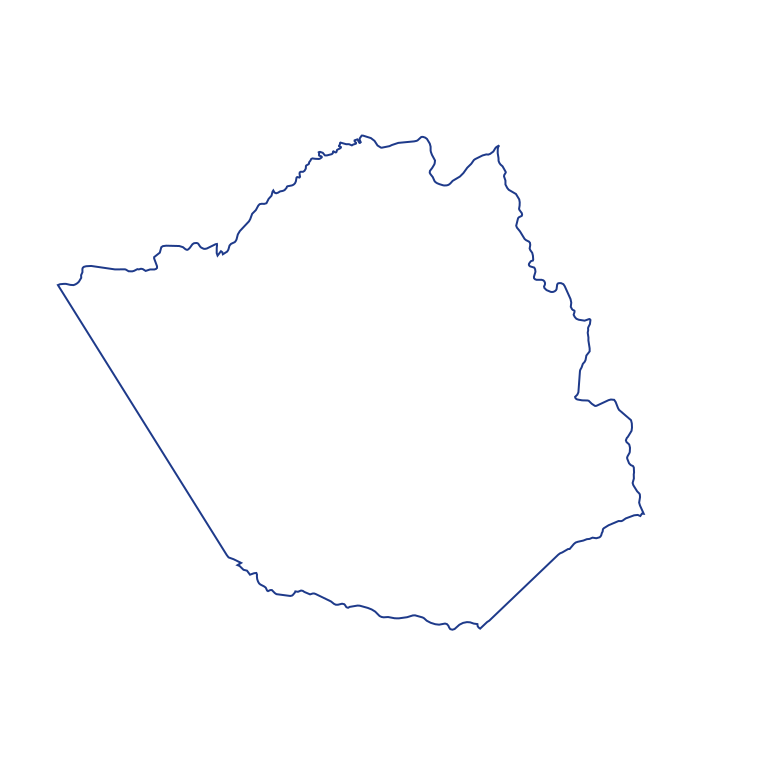 an SVG outline of Western, rotated 328°
{"feature_id": "ZMB-523", "entity_name": "Western", "entity_type": "Province", "adm_level": 1, "iso_a3": "ZMB", "parent_name": "Zambia", "parent_adm1": "", "projection": "mercator", "projection_center": [24.246, -15.661], "detail": "fine", "context": "isolated", "style": "outline", "palette": "blue", "viewbox_px": 768, "rotation_deg": 328, "n_neighbors": 0, "source": "natural_earth", "source_scale": "10m", "svg_char_len": 6166}
<svg xmlns="http://www.w3.org/2000/svg" viewBox="0 0 768 768"><g transform="rotate(328 384 384)"><path d="M163.8,460.0L168.0,460.0L163.6,452.9L160.3,448.7L160.0,445.9L159.9,127.3L162.1,127.7L165.9,129.6L167.4,130.6L170.5,133.7L173.1,135.6L175.2,136.0L177.3,136.0L179.4,135.6L183.5,133.5L184.8,131.2L187.5,129.4L189.2,126.6L190.2,125.8L191.6,125.6L193.8,126.3L198.2,128.7L216.5,144.2L225.1,149.5L225.7,150.2L227.2,153.1L230.3,155.1L232.1,155.6L235.7,155.9L236.8,156.9L239.0,157.5L240.3,158.7L241.8,161.8L246.3,162.9L250.0,165.2L251.6,165.6L253.0,165.3L253.9,163.9L255.6,155.7L256.3,154.6L263.5,153.8L267.6,150.0L269.5,149.9L272.6,151.3L283.5,158.5L286.0,161.4L287.1,164.6L288.1,165.9L289.4,166.1L291.6,165.6L295.5,164.0L297.2,163.9L298.3,164.3L299.9,165.2L300.5,165.9L300.8,166.6L300.9,170.1L301.3,171.5L302.7,173.7L303.7,174.5L305.5,175.2L315.2,176.2L316.5,176.7L315.9,177.9L314.3,179.9L311.5,184.3L310.9,186.9L316.1,185.0L316.7,186.6L316.1,188.6L321.2,188.6L323.2,187.6L326.4,184.7L328.6,184.1L332.6,184.6L334.1,184.1L335.5,183.3L339.3,179.7L342.8,177.9L355.7,174.5L357.9,173.3L362.4,169.8L367.5,168.6L371.9,166.1L373.8,165.6L375.9,166.4L377.9,167.8L380.1,168.4L384.2,165.9L388.4,164.7L391.4,161.8L392.7,161.2L392.6,163.7L393.6,165.1L395.5,165.6L397.9,165.6L400.5,166.6L402.4,166.9L405.3,166.0L406.3,165.2L407.0,165.2L411.1,166.8L412.6,167.0L413.8,166.9L415.1,166.5L416.7,165.4L419.1,162.7L419.6,162.5L420.2,162.6L421.7,164.1L422.6,163.8L423.8,160.9L424.7,159.9L425.9,159.9L427.7,161.1L429.5,161.1L431.8,159.9L433.3,157.8L433.9,157.5L436.6,157.6L437.2,157.3L438.0,156.3L439.9,155.6L441.6,154.6L442.9,154.8L444.8,156.4L448.1,158.7L449.6,159.0L451.3,158.8L451.6,158.4L451.5,157.8L450.1,156.1L450.1,155.5L451.2,154.1L451.4,152.9L452.0,152.9L452.8,153.3L454.6,155.5L455.0,158.7L455.7,159.3L456.8,159.9L461.5,161.4L462.8,161.2L464.0,159.9L464.4,159.9L465.4,161.7L465.9,162.1L466.7,162.0L468.1,160.7L468.8,160.6L471.4,160.9L472.7,160.7L473.0,160.3L471.9,158.5L472.1,158.1L473.3,157.7L474.5,156.3L475.0,156.2L479.0,160.6L481.5,162.2L483.2,164.6L484.7,164.6L487.4,165.3L487.8,165.1L488.1,164.6L487.7,162.7L487.9,162.1L488.2,161.8L491.0,162.4L491.1,163.2L490.9,166.2L491.0,166.6L491.4,166.8L492.4,166.6L492.8,164.0L493.5,162.9L496.7,161.5L497.8,162.2L503.2,168.5L504.8,172.8L504.9,178.3L506.6,181.8L507.3,182.4L514.7,185.2L517.3,185.5L523.9,187.1L538.1,194.2L540.3,195.0L541.5,195.2L546.4,194.3L547.3,194.6L548.2,195.3L549.5,196.9L550.3,198.9L550.2,204.4L549.3,207.4L547.2,210.8L546.7,212.2L546.1,215.1L545.7,221.5L544.0,223.6L543.1,224.4L539.4,226.3L535.9,227.6L534.7,229.1L534.6,230.7L535.0,234.4L534.4,238.6L534.6,240.0L535.4,241.8L536.9,243.9L539.5,246.9L540.5,247.7L542.5,248.8L544.3,249.3L546.4,249.1L549.9,248.1L558.3,248.3L563.1,247.2L569.2,244.7L574.7,243.5L578.9,241.7L580.5,241.6L588.7,242.4L592.4,243.5L594.0,244.7L595.9,245.1L599.9,244.8L603.4,243.0L604.9,242.6L608.1,242.7L606.3,243.6L605.0,245.0L602.8,248.4L600.8,253.1L599.4,255.5L599.0,257.6L599.1,259.6L599.9,262.2L599.6,268.6L599.3,269.2L596.7,270.5L595.8,271.5L594.8,275.8L592.7,279.2L592.4,283.1L592.7,285.4L596.6,292.8L596.5,299.1L595.4,301.8L593.6,304.5L591.3,307.1L591.1,308.4L591.4,312.1L590.8,313.7L589.9,314.4L586.7,314.1L585.5,314.5L580.0,319.8L579.6,321.8L580.2,326.6L580.1,335.5L580.7,337.3L582.4,340.1L582.6,341.6L581.7,343.6L579.3,346.3L579.0,348.1L579.2,351.3L578.3,354.1L576.5,357.5L575.7,358.2L573.9,357.7L573.3,357.8L570.8,358.8L570.0,359.7L569.9,360.5L570.2,361.6L573.1,364.9L573.0,366.7L571.9,369.1L567.9,372.6L567.3,373.9L567.6,375.2L568.5,376.4L572.9,379.2L574.1,380.6L574.4,382.0L574.1,383.7L573.1,385.0L571.4,386.1L570.9,387.6L571.6,390.5L574.2,394.2L575.2,395.0L576.5,395.6L578.0,395.8L579.5,395.6L580.6,395.0L583.5,391.5L584.6,390.9L585.9,391.2L587.6,392.3L589.0,394.4L589.1,396.8L587.2,410.8L585.9,414.3L583.3,417.5L583.1,420.3L583.4,421.3L584.2,422.4L584.3,423.0L583.7,423.9L581.5,425.8L581.3,428.2L581.7,430.6L583.2,432.7L587.7,436.6L592.2,437.6L592.8,437.9L593.0,439.1L590.4,442.3L587.7,443.9L586.7,444.7L585.7,446.5L583.9,448.5L582.0,452.9L580.4,455.4L577.3,462.7L575.7,465.3L570.7,467.1L567.7,470.4L566.0,471.5L563.3,472.3L560.3,474.7L558.1,475.9L557.1,476.8L544.5,494.0L542.3,495.5L539.2,496.2L538.9,497.3L539.2,498.8L539.9,499.7L543.3,502.8L547.8,505.8L548.7,506.7L549.7,510.8L551.2,514.2L551.9,514.8L552.8,515.1L565.9,516.7L568.2,517.4L570.8,519.4L570.9,522.1L569.7,528.4L569.6,530.5L574.3,545.6L573.3,548.7L571.2,552.4L569.1,554.9L562.7,558.1L561.4,558.4L559.3,559.9L558.9,561.8L559.8,564.8L559.8,565.6L558.8,568.5L556.4,571.9L555.7,572.5L552.2,574.4L551.2,575.2L550.7,576.2L549.8,581.1L550.3,583.5L551.7,585.6L551.6,587.2L549.2,591.5L547.9,593.0L545.8,596.6L542.4,599.7L541.8,602.0L541.8,609.2L542.5,612.3L542.4,613.3L541.2,615.6L537.5,619.8L536.7,622.7L535.5,631.7L534.0,630.6L531.4,631.8L529.8,629.5L526.5,627.9L517.8,626.1L513.8,626.3L512.5,626.0L510.3,624.5L499.6,622.8L493.9,622.8L492.7,623.2L491.2,625.0L489.8,625.8L487.9,627.5L486.6,628.1L485.4,628.2L482.3,627.3L479.4,624.8L476.2,624.3L473.8,623.1L470.1,622.4L464.7,620.5L462.5,620.0L460.2,620.3L454.0,622.3L452.6,621.5L445.9,621.3L443.6,620.9L441.3,621.1L347.8,640.5L345.4,640.5L335.9,642.4L335.2,640.7L335.1,639.0L336.0,637.1L333.1,634.7L330.8,631.8L328.2,629.9L324.5,628.5L320.4,628.1L314.0,629.2L311.8,628.6L310.3,627.0L310.2,625.1L310.5,623.0L310.1,620.9L308.8,619.5L303.2,617.3L300.2,614.9L297.1,611.3L294.8,607.4L293.8,603.8L293.0,602.4L287.8,596.7L286.0,595.6L280.0,594.0L272.4,590.6L269.0,588.4L264.0,583.8L260.1,581.7L258.5,580.3L257.3,578.4L255.9,572.3L254.1,568.7L251.6,565.3L246.0,559.2L244.2,557.9L236.7,554.8L235.1,554.8L234.4,554.2L233.8,553.1L233.8,550.8L233.6,549.7L232.0,548.1L228.0,546.8L226.2,545.7L225.1,544.0L223.8,540.3L214.7,525.8L213.7,524.6L212.5,523.9L209.8,523.2L206.3,518.2L205.5,516.4L204.2,515.2L200.9,514.6L198.9,512.9L198.0,513.6L194.9,514.6L193.9,514.7L192.2,514.1L181.4,505.2L180.6,503.4L179.7,499.3L178.3,498.5L175.9,498.2L175.4,497.2L175.8,494.0L175.1,492.2L172.9,488.5L172.4,486.9L172.5,484.7L173.1,482.2L174.2,479.9L175.3,478.3L175.6,476.6L173.5,475.6L169.3,474.7L168.9,469.7L166.4,467.1L165.1,461.8L163.8,460.0Z" fill="none" stroke="#1e3a8a" stroke-width="2"/></g></svg>